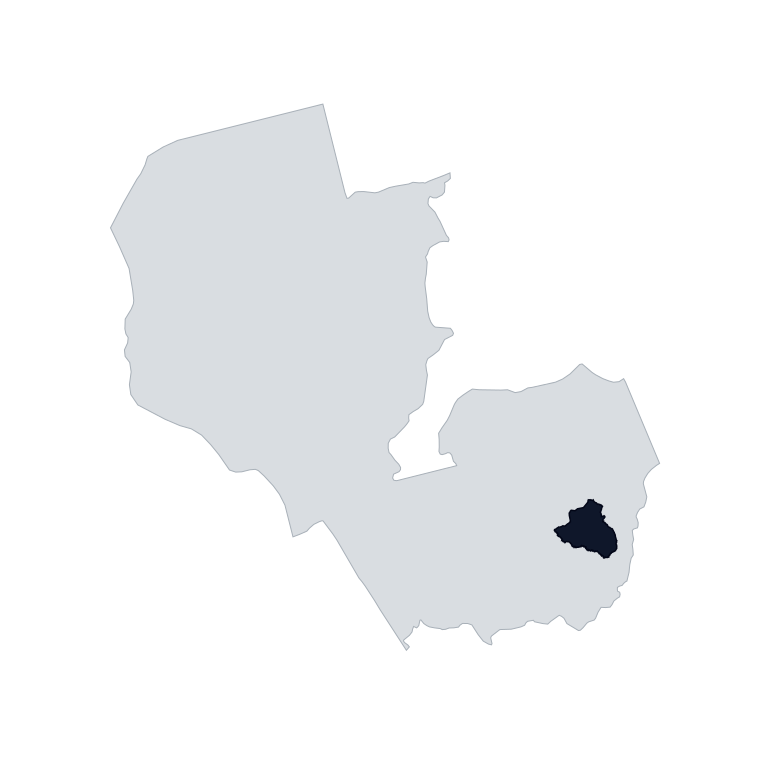 Mungwi, Muchinga, Zambia shown in context, rotated 76°
{"feature_id": "96606910B23171864038647", "entity_name": "Mungwi", "entity_type": "district", "adm_level": 2, "iso_a3": "ZMB", "parent_name": "Zambia", "parent_adm1": "Muchinga", "projection": "mercator", "projection_center": [31.716, -9.991], "detail": "fine", "context": "in_parent", "style": "filled", "palette": "ink", "viewbox_px": 768, "rotation_deg": 76, "n_neighbors": 0, "source": "geoboundaries", "source_scale": "gbopen_adm2", "svg_char_len": 9398}
<svg xmlns="http://www.w3.org/2000/svg" viewBox="0 0 768 768"><g transform="rotate(76 384 384)"><path d="M510.3,509.3L477.6,509.4L465.7,512.1L456.0,516.1L444.3,522.5L437.6,526.9L435.7,529.4L434.8,534.8L434.8,543.2L433.6,549.2L430.1,554.7L412.4,561.4L400.8,566.9L389.5,573.3L380.9,581.8L375.0,592.1L365.3,604.9L344.8,627.9L333.0,632.2L323.1,631.2L311.1,626.4L301.6,625.5L294.6,628.5L288.1,627.6L282.1,622.8L277.1,621.0L273.0,622.3L267.9,622.1L258.4,619.4L250.3,611.2L245.8,607.9L242.4,606.6L232.6,605.2L210.2,603.4L186.9,607.4L166.3,611.6L145.5,593.3L125.4,574.1L121.2,569.2L113.6,562.8L108.2,559.6L106.0,558.0L100.6,540.9L97.7,525.3L97.6,375.6L189.0,375.6L194.9,375.0L195.1,373.4L190.9,365.5L191.1,362.7L192.3,357.3L196.3,346.6L196.5,343.0L194.7,331.3L194.9,324.8L195.9,311.6L195.3,307.1L197.4,301.2L198.1,297.3L199.0,295.6L198.0,291.1L196.1,275.5L195.1,268.9L200.6,269.9L202.4,273.1L203.4,276.6L205.9,276.8L212.4,278.9L214.6,281.8L216.1,288.1L215.2,291.3L213.1,293.9L215.2,296.2L219.6,297.7L222.1,297.3L229.5,293.0L236.2,291.4L239.7,290.3L254.8,287.5L257.8,286.0L259.9,286.0L261.4,287.2L260.0,291.6L259.6,295.6L261.5,303.0L262.9,306.5L266.0,309.0L268.3,310.3L270.8,313.0L276.1,312.6L287.6,316.4L291.2,318.1L296.0,319.9L299.5,320.5L311.4,321.9L324.0,324.0L330.5,324.2L335.2,323.6L338.4,322.5L340.4,321.3L341.3,320.3L346.0,306.1L348.5,305.0L351.6,304.3L353.4,305.6L355.5,314.5L364.6,322.6L367.7,329.4L369.9,335.2L371.9,336.8L375.4,338.8L380.9,339.5L385.8,339.7L410.4,349.6L413.1,351.4L416.1,356.7L417.9,362.6L419.8,367.3L423.0,368.3L425.8,368.6L428.6,371.8L430.7,374.7L438.0,386.4L439.0,391.1L442.5,394.2L447.3,395.5L451.7,395.7L454.3,394.3L460.6,391.8L465.4,389.1L469.0,388.1L471.1,388.7L472.7,390.6L473.8,396.5L477.3,398.4L479.8,397.7L480.8,395.4L480.9,394.2L480.8,333.2L478.6,333.6L475.8,335.3L469.3,335.5L466.8,336.8L466.0,338.8L466.5,341.3L466.6,344.7L465.6,346.4L462.8,347.0L458.7,345.7L451.2,343.9L445.0,342.9L440.5,338.3L434.5,331.4L430.5,327.9L421.0,320.8L419.4,319.3L416.5,316.0L414.0,310.3L411.6,303.7L410.3,299.5L412.6,293.1L418.2,272.0L419.5,265.5L424.1,258.8L424.5,252.9L422.6,245.3L423.1,241.1L423.7,217.1L422.4,209.5L419.3,201.1L412.4,189.4L412.5,186.9L423.0,179.4L426.2,176.5L431.7,170.4L435.4,165.1L437.8,160.9L438.6,155.4L436.8,150.2L440.5,149.2L527.7,135.8L528.9,139.4L531.6,145.3L534.6,149.7L538.3,153.5L541.5,155.8L543.6,156.5L557.1,156.3L561.9,158.6L566.1,161.5L567.2,166.1L569.9,169.0L572.9,171.2L574.2,171.5L576.4,171.0L580.0,170.9L583.3,171.9L584.9,172.9L585.1,176.7L586.1,178.5L590.7,179.1L595.3,179.4L599.8,182.0L604.6,182.5L610.2,183.5L612.8,186.3L618.7,189.2L626.0,191.8L634.0,196.0L634.2,197.3L635.5,199.8L637.0,201.6L637.1,204.3L637.8,206.7L639.8,207.3L641.5,207.5L643.1,205.7L645.2,205.8L647.5,206.9L648.4,209.7L650.2,213.5L653.2,216.1L655.2,218.6L654.5,223.2L653.2,227.4L657.2,231.5L662.5,235.4L663.9,237.2L664.3,243.0L665.1,245.0L668.6,249.8L670.4,253.0L670.3,254.9L660.7,264.5L654.9,266.0L652.3,268.0L650.8,270.0L654.6,279.6L656.6,283.2L654.9,287.8L651.1,295.5L649.4,296.2L649.0,302.1L650.2,304.2L652.1,305.9L652.8,309.9L652.7,319.8L650.3,331.0L654.6,340.8L656.1,341.9L662.0,342.0L663.1,342.8L661.6,345.6L657.5,349.9L649.9,353.3L639.0,357.0L636.7,360.6L635.3,365.8L636.5,368.8L637.9,370.5L637.5,375.1L636.5,379.8L636.9,383.6L636.4,386.9L634.9,388.6L633.0,393.6L630.7,398.6L628.8,400.9L626.1,403.3L621.8,405.3L621.9,406.3L626.8,408.7L628.0,410.3L628.5,411.4L626.4,413.9L628.7,415.5L631.4,416.8L634.0,420.1L637.0,426.5L637.6,427.1L638.4,427.2L640.0,426.5L643.0,424.0L645.2,423.0L647.8,426.7L602.3,442.3L591.6,445.6L575.6,451.1L570.4,453.2L566.3,455.2L523.9,467.5L517.2,469.9L502.2,476.2L501.7,477.2L501.9,480.0L503.2,486.0L505.9,491.3L508.1,494.4L509.5,502.4L510.3,509.3Z" fill="#d9dde1" stroke="#a8b0b8" stroke-width="1"/><path d="M606.0,212.8L605.7,211.5L605.8,211.5L605.7,211.3L605.9,211.2L605.8,210.9L606.1,210.3L606.1,209.6L606.2,209.4L606.3,209.4L606.4,209.2L606.3,208.6L605.9,208.3L606.2,207.9L605.9,207.8L605.9,207.6L605.1,207.5L604.9,207.3L605.0,207.1L604.9,206.9L604.5,206.6L604.5,206.1L604.0,206.0L603.6,205.6L603.3,205.4L603.4,204.9L603.3,204.6L603.0,204.4L602.8,204.3L602.6,204.1L602.5,203.9L602.6,203.7L602.4,203.4L602.5,202.8L602.3,202.7L602.3,202.3L602.2,202.2L602.0,201.6L602.1,201.1L601.8,200.9L601.9,200.5L601.7,199.7L601.1,199.4L599.9,198.0L599.2,198.0L598.6,197.6L598.1,197.6L597.7,197.4L597.3,197.5L596.6,197.2L595.5,197.7L595.3,197.5L594.9,197.6L594.1,196.7L593.3,196.9L592.8,196.2L592.4,196.0L592.2,196.2L591.8,196.2L591.6,196.3L590.6,196.4L590.4,196.3L590.1,196.4L589.3,196.3L588.8,196.5L587.6,196.3L587.4,196.4L587.1,196.4L586.7,196.2L586.3,196.3L585.7,196.2L585.4,196.4L584.5,196.6L583.7,196.5L582.5,197.0L581.8,197.0L580.7,197.5L580.4,197.3L580.0,197.4L579.5,197.8L579.3,198.6L579.0,198.8L578.6,199.0L578.3,199.4L577.6,199.7L577.5,200.3L577.2,200.7L576.5,201.1L576.2,201.4L575.3,201.2L575.0,201.3L574.7,201.5L574.4,201.5L574.1,201.8L574.1,202.3L573.8,202.6L573.3,202.7L573.0,202.6L572.9,202.7L572.7,203.0L572.3,203.0L572.1,203.3L571.8,203.3L570.8,204.6L570.6,204.5L570.7,204.8L570.5,205.1L569.5,204.6L568.6,204.6L567.5,202.9L567.0,202.5L566.6,201.9L566.4,201.8L565.7,201.9L565.3,202.2L565.6,202.4L565.2,202.8L565.3,203.3L565.3,204.4L565.4,204.8L565.3,205.3L564.6,205.1L564.2,204.9L564.0,205.0L563.8,204.8L563.5,204.9L562.8,204.8L562.3,205.0L561.9,204.8L560.6,205.2L559.8,204.3L559.0,203.9L558.4,203.4L557.8,203.2L557.3,202.9L557.0,202.9L556.4,202.4L555.7,201.6L555.4,201.6L555.0,202.1L554.2,202.3L554.0,202.8L553.7,203.0L553.6,203.4L553.3,203.6L553.4,203.9L552.8,204.3L552.4,204.9L552.3,205.7L552.4,205.9L552.0,206.2L551.4,206.3L551.1,206.5L550.9,206.6L550.5,207.0L550.4,207.3L550.1,207.6L550.1,207.8L549.3,208.4L549.2,208.6L548.7,208.6L548.0,209.0L547.7,209.0L547.8,209.1L547.4,209.3L547.5,209.5L547.3,209.7L547.4,209.9L547.1,210.2L547.2,210.3L547.1,210.5L546.9,210.6L546.7,210.9L546.9,211.3L546.8,211.6L546.5,211.6L546.2,211.9L546.3,212.2L546.2,212.3L546.2,212.5L546.0,212.9L546.0,213.2L546.1,213.3L546.0,213.7L545.9,213.8L546.7,214.3L547.9,214.7L548.8,215.8L552.2,220.4L551.9,226.4L553.2,229.3L551.8,232.9L552.4,233.9L552.8,234.1L553.3,234.7L553.8,235.0L554.0,235.5L556.6,236.0L561.6,236.2L562.4,236.4L562.3,236.6L563.4,237.3L563.5,238.0L563.7,238.3L564.0,238.7L564.2,239.9L564.5,240.2L564.6,240.6L565.3,242.0L565.7,242.4L565.7,242.9L565.5,243.0L565.5,243.4L564.9,244.7L564.9,245.2L565.4,246.3L565.3,246.6L565.4,247.7L565.3,248.3L565.3,249.2L565.2,249.3L565.4,249.4L565.4,250.0L565.8,251.2L566.0,251.7L566.5,252.1L566.4,252.8L566.5,252.9L566.5,253.7L567.1,254.0L567.4,254.1L567.9,253.8L568.5,253.7L568.4,253.3L568.8,253.1L568.8,252.8L569.3,252.5L569.2,252.8L569.6,252.9L569.9,252.2L570.2,252.0L570.7,252.1L570.9,252.0L570.8,251.8L571.0,251.6L571.3,251.6L571.3,251.8L571.7,251.5L571.8,251.6L571.8,251.9L572.0,251.8L572.4,252.0L572.6,251.8L572.8,251.9L572.8,252.1L572.7,252.1L572.8,252.3L573.3,252.1L573.5,251.6L573.9,251.6L574.2,251.4L574.3,251.1L574.2,250.9L574.4,250.8L574.3,250.6L574.4,250.4L574.6,250.4L574.7,250.1L575.2,250.1L575.6,249.7L576.0,249.7L576.0,249.4L576.2,249.2L576.3,249.2L576.7,249.0L577.0,248.9L577.0,249.0L577.3,249.1L577.5,249.0L577.9,249.0L578.2,249.1L578.1,248.9L578.4,248.7L578.6,248.9L578.6,248.7L578.8,248.5L579.5,248.7L579.8,248.5L580.1,248.4L580.1,248.2L580.5,248.0L580.7,247.6L580.5,247.4L580.7,247.2L581.2,247.0L581.0,246.9L581.4,246.4L581.2,246.3L581.3,246.2L580.9,245.1L581.5,243.9L581.4,243.6L581.8,243.1L581.8,242.8L582.1,242.3L582.4,242.1L582.8,242.0L583.1,241.5L583.8,241.6L584.2,241.3L584.1,241.2L584.4,241.1L584.5,240.9L585.0,240.8L585.2,240.6L585.6,240.9L586.7,240.5L587.0,240.6L587.4,240.0L587.4,239.6L587.6,239.6L587.5,239.4L587.6,238.9L587.7,239.0L587.9,238.9L588.2,238.9L588.0,238.7L587.9,238.3L587.9,238.1L588.1,238.1L588.1,237.8L588.4,237.6L588.5,237.7L588.6,237.4L588.8,237.3L589.0,237.4L589.1,237.5L589.2,237.4L589.2,236.8L589.0,236.6L589.4,234.9L589.3,234.5L589.1,234.5L589.1,234.3L588.9,234.3L589.2,234.2L589.1,233.9L589.3,233.7L589.4,233.8L589.5,233.6L589.4,232.6L589.5,232.3L588.9,232.2L588.8,231.8L588.5,231.6L588.4,231.3L588.6,231.2L588.7,231.4L589.2,231.1L589.3,230.8L589.1,230.8L588.9,230.2L589.0,230.1L589.2,229.9L589.3,230.1L589.6,229.8L589.5,229.7L589.2,229.6L589.4,229.2L589.6,229.2L589.6,229.5L589.8,229.3L589.9,229.5L590.0,229.3L590.5,229.3L590.5,229.1L590.4,229.1L590.7,228.8L590.8,228.3L590.6,228.2L590.7,227.6L591.2,227.8L591.2,227.5L591.6,227.5L591.8,227.6L592.1,227.7L592.3,228.0L593.0,227.6L593.3,227.5L593.2,227.2L593.4,227.0L593.5,227.0L593.8,226.9L593.9,226.7L593.9,226.4L594.2,226.6L594.2,226.4L595.0,226.3L595.1,225.8L594.9,225.6L594.8,224.8L595.1,224.7L595.4,224.2L595.9,224.2L596.0,224.0L595.9,223.8L596.0,223.6L595.6,223.4L595.3,223.0L595.2,222.7L595.4,222.5L595.6,222.1L595.8,222.2L595.9,221.9L596.0,222.0L596.3,221.9L596.5,221.9L596.4,221.3L596.7,221.3L596.8,221.0L597.3,220.7L597.2,220.6L597.6,220.2L597.2,219.4L597.3,219.0L597.7,218.9L597.5,218.3L597.6,218.2L597.8,218.3L597.9,218.2L598.0,217.9L597.8,217.4L598.3,217.4L598.7,217.2L598.9,216.9L599.5,216.3L599.8,216.3L599.9,216.2L600.5,216.2L600.6,215.9L600.9,215.6L601.1,215.6L601.1,215.8L601.2,215.7L601.5,215.1L602.3,215.0L602.4,214.5L602.8,214.7L603.4,214.5L603.3,214.3L603.2,214.2L603.3,213.9L603.4,214.1L603.6,214.0L603.5,213.3L603.9,213.1L604.3,213.1L604.7,212.7L604.9,212.9L605.1,212.7L605.5,213.0L605.7,212.8L605.9,212.9L606.0,212.8Z" fill="#0f172a" stroke="#020617" stroke-width="1.5"/></g></svg>